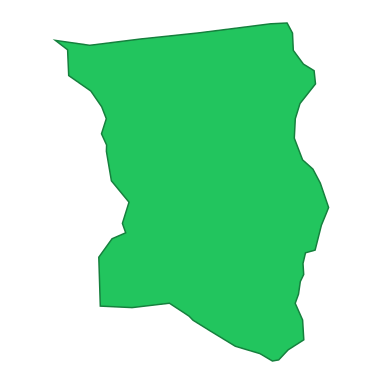 outline of Wayi, Lac, Chad
{"feature_id": "50815135B86238137663719", "entity_name": "Wayi", "entity_type": "district", "adm_level": 2, "iso_a3": "TCD", "parent_name": "Chad", "parent_adm1": "Lac", "projection": "mercator", "projection_center": [15.256, 13.3], "detail": "fine", "context": "isolated", "style": "filled", "palette": "green", "viewbox_px": 384, "rotation_deg": 0, "n_neighbors": 0, "source": "geoboundaries", "source_scale": "gbopen_adm2", "svg_char_len": 772}
<svg xmlns="http://www.w3.org/2000/svg" viewBox="0 0 384 384"><path d="M328.6,207.5L320.3,183.1L312.9,169.1L302.6,159.9L294.3,138.2L295.3,118.7L300.0,103.5L315.5,83.9L314.1,70.7L303.4,64.1L293.3,50.4L292.5,33.1L287.1,23.0L270.5,23.8L197.6,33.0L142.1,38.8L89.7,45.3L55.4,40.4L67.6,49.8L68.7,75.6L90.8,91.0L101.7,106.8L106.3,118.7L101.5,133.8L106.6,145.0L106.4,151.3L111.4,180.8L129.0,202.2L122.4,223.4L125.7,232.8L112.1,238.7L98.8,257.2L100.3,306.1L132.1,307.6L169.4,303.2L189.0,316.1L193.1,320.3L210.8,331.3L235.4,346.3L259.9,353.6L272.4,361.0L278.7,359.9L288.2,349.8L303.8,339.8L302.6,320.0L295.2,303.3L298.5,294.2L300.3,281.6L303.7,274.5L303.0,263.5L305.5,252.8L315.1,250.1L321.4,225.2L326.3,213.3L328.6,207.5Z" fill="#22c55e" stroke="#15803d" stroke-width="1.5"/></svg>